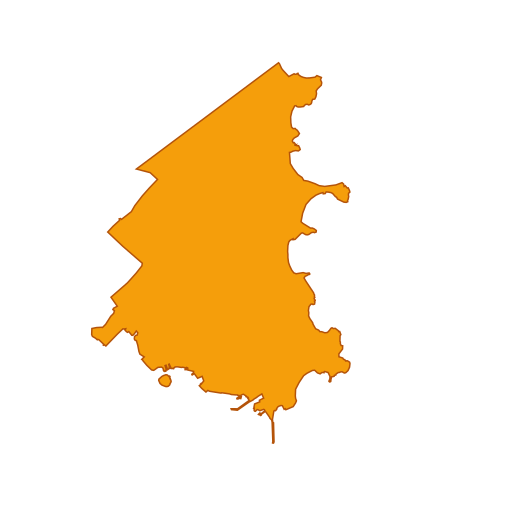 the district of At Tawahi, `Adan, Yemen, rotated 225°
{"feature_id": "15242507B38750647773303", "entity_name": "At Tawahi", "entity_type": "district", "adm_level": 2, "iso_a3": "YEM", "parent_name": "Yemen", "parent_adm1": "`Adan", "projection": "robinson", "projection_center": [44.985, 12.776], "detail": "fine", "context": "isolated", "style": "filled", "palette": "amber", "viewbox_px": 512, "rotation_deg": 225, "n_neighbors": 0, "source": "geoboundaries", "source_scale": "gbopen_adm2", "svg_char_len": 6152}
<svg xmlns="http://www.w3.org/2000/svg" viewBox="0 0 512 512"><g transform="rotate(225 256 256)"><path d="M318.2,92.6L320.8,88.7L316.6,84.2L314.8,83.5L311.3,84.4L309.0,84.5L309.0,85.1L307.9,85.7L301.4,85.9L301.0,85.0L300.6,85.1L300.3,86.0L298.5,86.2L298.8,102.8L298.6,110.4L297.7,111.0L296.7,112.5L296.4,111.9L296.7,111.2L296.1,110.9L293.9,110.9L292.8,111.2L292.5,112.6L287.7,112.1L287.0,112.8L287.0,114.9L287.6,118.3L285.3,118.1L284.1,116.0L284.9,114.9L284.9,113.1L283.4,111.3L281.8,110.9L280.8,111.6L276.5,109.3L271.4,105.8L268.7,104.5L263.7,105.6L263.7,102.1L262.3,102.3L261.9,102.0L255.9,101.5L249.3,101.6L247.6,102.7L247.3,103.5L246.6,107.9L244.3,110.6L242.9,111.0L241.1,110.3L241.0,109.9L239.9,109.5L239.2,109.6L239.1,110.6L238.5,110.5L238.3,110.9L238.7,111.4L238.7,111.9L242.8,114.2L242.4,115.2L238.1,113.1L237.9,114.2L238.2,115.1L237.6,115.3L237.4,115.7L241.1,117.6L241.0,118.2L236.3,116.5L235.6,117.5L235.2,117.5L234.6,118.0L235.0,118.6L234.7,119.4L234.8,120.3L233.3,122.0L229.9,124.5L229.1,125.6L227.0,126.9L225.8,125.5L224.9,126.4L226.3,128.1L225.3,128.6L224.9,128.5L223.7,127.1L218.5,130.3L217.6,128.8L217.8,127.1L217.4,126.7L216.9,126.9L216.5,129.2L210.8,128.3L209.0,132.8L204.6,130.7L204.3,127.6L204.7,127.3L204.7,126.5L204.2,126.6L204.4,124.2L200.7,124.0L195.2,124.4L195.0,126.9L193.2,127.5L183.7,134.4L183.6,135.0L177.2,139.8L175.5,140.6L171.7,143.8L171.0,144.6L170.6,144.5L169.3,145.4L168.3,143.8L168.8,143.4L168.7,142.9L169.0,142.1L168.6,141.5L167.6,142.1L167.5,143.2L165.9,144.4L166.3,145.1L167.2,144.5L167.4,145.0L166.6,145.6L167.0,146.3L167.9,145.9L168.2,146.9L167.6,148.6L167.0,149.4L163.8,150.0L163.6,149.5L163.3,149.5L162.0,150.4L161.0,150.2L161.2,149.6L158.7,149.1L161.0,134.9L165.6,130.4L164.7,130.0L160.1,133.8L157.6,147.9L156.3,152.0L156.2,153.8L155.6,156.0L155.3,158.5L154.3,162.6L150.1,160.9L151.6,156.4L150.2,155.5L152.4,150.4L150.5,147.6L150.3,147.7L149.8,147.3L149.8,146.5L149.0,146.6L148.3,145.6L147.4,145.3L146.6,145.8L146.6,148.2L145.8,148.8L143.9,149.3L142.2,152.9L141.4,153.3L140.3,152.9L140.9,147.5L142.3,147.8L142.3,145.7L141.9,145.8L141.8,147.1L140.7,146.9L140.4,146.3L139.9,146.5L139.8,147.3L140.3,147.7L139.6,152.4L138.8,152.7L132.6,151.6L131.3,151.1L128.9,151.1L127.0,149.8L112.9,136.7L112.1,135.5L111.5,135.8L111.3,136.1L111.8,137.3L125.7,150.5L126.6,150.3L128.8,152.1L133.6,158.8L133.7,159.8L132.8,160.4L133.0,162.3L133.6,162.7L133.6,163.6L133.9,164.6L133.6,166.0L132.6,168.0L131.5,168.8L127.7,167.5L127.4,168.7L126.2,168.4L123.2,175.8L124.1,180.0L125.0,182.2L127.3,183.3L129.3,184.9L133.8,189.8L136.1,197.1L137.7,205.1L137.0,209.3L135.2,214.9L133.8,216.7L129.9,216.8L127.3,218.0L127.0,220.3L125.4,221.6L125.9,222.0L125.8,222.9L122.6,224.6L118.4,223.1L116.1,220.4L116.4,219.9L115.7,218.9L114.7,219.1L114.4,220.1L115.1,221.0L115.5,220.8L115.7,221.7L117.1,224.1L116.1,225.4L115.7,226.3L116.2,227.0L115.4,228.3L115.9,229.2L115.5,231.6L114.7,232.6L114.3,233.7L113.3,235.0L110.8,235.7L110.3,236.4L110.0,237.0L109.9,240.0L111.2,243.5L113.5,246.4L114.7,247.1L117.1,246.6L117.7,246.2L118.1,245.3L118.6,245.2L120.0,245.5L121.0,244.8L122.5,245.2L126.1,243.4L128.2,245.4L129.0,251.4L131.2,253.8L132.5,252.9L134.3,253.6L135.6,254.9L136.3,255.0L140.2,259.1L140.4,260.4L143.4,261.8L144.1,261.0L144.6,261.4L148.8,260.9L150.0,259.4L151.5,259.0L151.9,257.8L151.5,255.6L151.4,252.5L153.0,250.4L156.1,248.9L157.3,247.7L159.3,247.9L162.4,246.7L167.4,248.1L168.8,248.9L173.6,249.8L176.4,250.8L178.5,253.2L180.4,254.5L182.7,257.6L183.1,260.6L182.4,261.7L181.3,262.0L180.6,263.4L181.8,265.1L182.8,265.4L182.6,266.3L183.2,266.7L184.7,266.9L185.1,267.4L185.2,268.4L185.9,268.5L187.0,269.8L188.0,270.0L189.3,270.7L203.1,273.5L206.5,274.4L206.9,276.5L206.2,278.0L206.0,279.4L205.1,280.9L205.2,281.3L205.7,281.5L206.4,281.6L208.3,279.1L210.9,277.6L215.1,271.8L217.4,270.8L220.8,271.3L225.3,272.9L228.4,274.4L232.3,277.4L234.6,279.7L236.8,281.5L240.8,285.9L242.8,289.2L243.0,291.3L242.0,294.4L241.3,293.7L240.1,295.4L240.1,304.2L239.4,305.3L236.0,306.2L234.8,307.1L233.9,308.5L233.3,311.8L232.3,313.3L231.1,313.9L230.4,315.5L231.4,316.7L234.2,316.3L236.1,315.5L237.1,314.3L246.0,312.2L248.4,312.1L253.3,319.3L257.1,327.8L257.6,335.3L256.6,341.5L255.2,345.1L253.5,348.2L252.4,347.5L251.2,349.1L251.7,350.9L249.8,352.5L247.7,353.9L245.9,354.4L241.8,354.1L240.6,354.5L238.6,353.9L232.0,356.2L230.1,357.7L229.5,359.3L230.3,359.7L231.0,361.3L232.5,363.6L233.8,364.5L234.9,365.8L234.8,367.6L236.2,368.4L239.0,369.4L239.5,368.6L242.6,368.8L242.8,367.5L244.9,368.8L247.0,368.7L249.8,362.7L256.6,353.8L261.1,350.4L265.3,348.9L272.3,345.6L275.7,343.2L278.9,344.1L284.0,343.2L291.7,344.2L297.1,345.6L305.6,352.9L304.8,353.9L304.0,356.3L302.6,358.5L300.3,360.3L300.0,362.5L301.4,363.3L303.9,364.1L304.7,363.2L305.7,362.6L306.0,363.2L306.3,362.2L306.8,361.9L307.3,362.4L307.3,363.0L309.2,363.2L309.6,362.4L311.5,362.9L312.3,364.2L312.4,366.6L311.3,370.4L311.9,373.3L315.7,374.1L317.3,373.8L318.5,373.9L319.8,372.3L322.0,372.3L325.5,374.8L329.9,378.9L333.0,383.9L334.8,389.5L334.0,390.6L332.9,390.5L331.5,391.2L330.1,392.6L328.0,395.4L328.2,396.5L328.1,398.2L327.1,399.5L325.5,400.1L324.9,401.4L324.7,402.6L325.0,403.6L326.2,405.3L326.7,406.8L325.4,408.5L326.2,410.9L327.9,413.5L330.2,415.3L330.7,417.9L330.6,422.9L331.8,424.7L332.5,425.3L335.0,426.2L336.0,428.5L340.5,426.6L340.7,424.2L344.1,419.7L346.3,417.4L348.8,415.8L351.3,414.7L354.5,414.2L355.4,414.9L355.9,414.3L355.9,413.3L356.9,412.0L357.9,411.8L359.7,406.1L368.1,406.4L370.5,406.7L375.3,408.5L376.7,408.6L402.1,232.9L389.8,240.1L379.8,240.5L379.5,228.5L378.9,218.3L377.3,205.9L375.5,199.2L377.0,186.8L378.3,186.7L379.0,185.5L377.7,184.8L378.1,175.9L377.8,168.1L356.8,168.7L331.3,170.5L329.7,168.3L328.6,159.1L327.9,146.1L329.4,124.3L318.6,122.4L319.8,118.3L319.3,116.9L317.5,117.3L316.1,114.9L316.1,110.7L314.0,101.4L314.0,96.9L314.9,96.3L318.2,92.6ZM236.9,106.0L237.4,104.2L237.6,100.3L236.8,99.2L233.7,98.0L231.2,98.2L227.6,99.8L226.6,100.7L225.9,102.0L225.9,104.1L226.5,104.8L226.8,106.3L227.4,107.4L229.1,108.3L230.0,108.3L230.1,108.8L231.4,109.1L231.4,109.8L232.2,110.0L232.8,109.2L234.5,109.2L235.7,108.4L236.9,106.0Z" fill="#f59e0b" stroke="#b45309" stroke-width="1.5"/></g></svg>